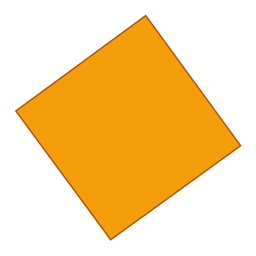 Loup, Nebraska, United States of America, rotated 234°
{"feature_id": "52423323B93149013666226", "entity_name": "Loup", "entity_type": "district", "adm_level": 2, "iso_a3": "USA", "parent_name": "United States of America", "parent_adm1": "Nebraska", "projection": "albers", "projection_center": [-99.486, 41.914], "detail": "fine", "context": "isolated", "style": "filled", "palette": "amber", "viewbox_px": 256, "rotation_deg": 234, "n_neighbors": 0, "source": "geoboundaries", "source_scale": "gbopen_adm2", "svg_char_len": 247}
<svg xmlns="http://www.w3.org/2000/svg" viewBox="0 0 256 256"><g transform="rotate(234 128 128)"><path d="M47.5,208.7L208.5,208.4L207.7,47.3L203.6,47.3L56.3,48.3L47.8,48.2L47.5,208.7Z" fill="#f59e0b" stroke="#b45309" stroke-width="1.5"/></g></svg>